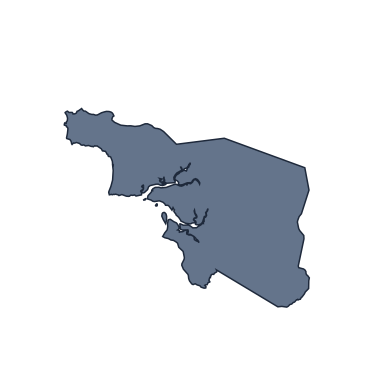 Cogo, Litoral, Equatorial Guinea (orthographic projection), rotated 31°
{"feature_id": "11065452B22787327477805", "entity_name": "Cogo", "entity_type": "district", "adm_level": 2, "iso_a3": "GNQ", "parent_name": "Equatorial Guinea", "parent_adm1": "Litoral", "projection": "orthographic", "projection_center": [9.73, 1.167], "detail": "fine", "context": "isolated", "style": "filled", "palette": "slate", "viewbox_px": 384, "rotation_deg": 31, "n_neighbors": 0, "source": "geoboundaries", "source_scale": "gbopen_adm2", "svg_char_len": 6092}
<svg xmlns="http://www.w3.org/2000/svg" viewBox="0 0 384 384"><g transform="rotate(31 192 192)"><path d="M276.2,113.1L192.0,129.3L154.1,159.1L136.5,154.8L132.4,154.6L129.9,155.3L127.8,156.3L126.1,156.5L123.3,155.8L118.8,156.4L116.6,157.8L113.2,162.2L109.3,165.2L105.4,166.8L102.4,168.7L96.5,171.4L89.5,172.2L88.3,171.8L86.9,171.8L86.3,171.4L85.7,170.6L85.3,168.2L85.9,167.0L84.1,165.8L82.9,165.3L81.5,165.2L79.5,165.7L77.1,167.0L75.3,168.8L73.6,170.7L71.2,174.7L69.7,175.8L67.6,176.2L66.2,177.1L63.4,177.9L59.0,177.6L57.6,178.3L55.7,177.9L54.4,177.3L52.8,180.9L51.9,182.1L52.2,183.6L51.8,184.7L50.7,185.9L49.8,186.3L49.7,186.0L48.3,185.5L45.5,187.2L43.7,186.8L43.0,187.6L42.3,189.2L42.7,189.6L45.1,190.7L47.3,192.8L48.4,195.1L48.2,196.8L48.8,197.6L48.8,198.1L47.5,198.2L47.3,198.4L47.7,199.8L48.1,200.4L50.3,200.0L50.8,200.7L52.1,200.8L53.1,201.7L55.2,206.3L56.6,210.3L57.1,210.7L60.4,209.9L62.5,211.0L64.0,212.7L64.7,213.0L65.2,211.0L66.3,210.5L67.4,209.1L70.6,208.3L72.6,208.8L73.7,208.5L75.0,207.4L76.9,207.4L79.4,205.4L82.3,204.8L83.1,204.2L84.0,204.2L84.9,202.4L85.9,202.2L86.9,201.4L92.0,201.7L94.1,202.9L94.9,202.3L95.6,202.4L96.4,201.8L97.1,201.9L98.2,202.3L99.4,203.3L100.4,203.1L101.6,204.3L102.6,204.4L103.3,203.9L104.3,203.9L107.8,206.6L109.5,208.8L110.5,209.2L110.9,210.1L110.2,210.0L113.4,214.2L117.8,222.7L119.6,229.0L120.5,234.4L120.9,235.4L122.6,237.0L124.2,235.5L125.0,235.5L125.9,234.4L126.5,234.3L127.6,233.2L130.3,232.5L131.2,232.7L133.2,230.3L137.9,229.4L139.9,228.4L140.6,227.8L141.0,226.5L141.5,226.0L142.8,225.5L144.4,224.1L146.1,224.3L150.2,220.5L149.5,218.9L147.6,217.8L147.5,217.3L148.6,215.0L148.5,214.2L147.9,213.5L146.2,213.4L146.1,212.2L146.4,211.6L146.8,211.2L147.3,211.7L146.3,212.4L146.4,213.0L148.2,213.2L148.8,214.4L148.9,215.9L148.1,217.7L150.0,218.2L150.9,217.7L151.5,216.9L152.7,212.8L152.1,209.9L152.8,208.1L157.2,203.8L159.0,202.7L161.7,202.4L163.5,201.6L165.2,199.6L165.6,198.5L163.4,198.4L162.2,197.7L163.8,199.5L163.8,200.0L163.3,200.6L162.2,200.4L161.9,199.1L159.4,199.6L158.4,199.0L158.2,198.0L159.2,197.3L159.3,196.7L158.1,197.3L157.3,197.1L159.6,196.3L159.4,197.6L158.5,198.5L158.8,199.1L159.8,199.4L162.0,198.7L162.4,200.3L163.3,200.2L163.5,199.9L161.8,198.1L162.2,196.7L160.5,194.5L160.1,193.3L161.3,195.0L162.5,195.9L162.9,197.2L163.8,197.6L165.7,197.6L172.6,192.7L172.2,191.7L170.1,190.5L168.9,188.8L168.8,186.1L169.2,183.5L172.0,178.5L171.6,177.9L169.6,176.7L169.0,176.1L170.9,176.8L172.4,178.2L173.2,177.5L173.5,176.0L175.4,173.7L175.2,173.1L175.4,171.6L175.1,169.9L175.4,169.5L175.5,167.7L176.2,169.4L175.8,171.0L176.4,172.0L175.8,173.9L176.4,176.8L173.9,177.5L172.6,179.9L171.6,180.8L171.4,182.6L170.1,185.1L169.8,186.4L170.0,188.3L170.5,189.8L172.0,190.2L173.5,190.0L175.6,190.6L176.3,192.4L178.3,192.0L180.1,190.6L183.1,186.6L186.7,184.2L186.6,181.9L187.0,180.2L188.2,178.7L190.3,178.5L192.4,179.3L194.0,180.2L194.4,181.3L192.7,180.2L189.5,179.5L188.5,179.6L187.3,180.9L187.4,183.4L186.6,185.6L184.5,186.4L183.8,187.1L184.2,189.1L183.3,188.0L182.7,188.0L181.2,190.9L180.0,192.4L178.3,193.1L174.2,193.6L172.8,194.8L167.5,201.4L163.3,204.4L161.2,205.0L158.1,207.0L156.8,209.3L156.8,209.9L157.5,211.1L156.6,211.2L157.2,213.0L156.2,217.8L156.9,220.0L157.6,220.8L161.0,220.0L163.2,220.1L164.8,219.5L168.5,216.4L172.5,215.7L174.9,216.2L176.1,217.0L178.4,215.8L179.4,215.9L184.2,217.9L183.8,215.2L185.6,216.3L186.2,216.4L186.2,217.7L187.5,218.5L189.3,219.1L190.2,219.9L193.5,220.5L196.7,222.0L197.4,222.6L202.7,222.1L207.2,220.1L208.2,218.4L210.0,217.1L210.3,216.5L210.0,215.9L207.6,215.1L207.3,214.3L207.4,213.1L208.7,211.9L208.7,211.1L205.1,208.7L203.6,207.1L203.5,206.3L205.4,208.5L207.8,209.5L209.0,210.7L209.2,211.8L207.7,213.4L207.7,214.5L208.4,215.1L210.1,215.1L210.7,215.6L211.3,216.3L211.4,217.7L212.2,217.9L214.3,217.0L215.9,215.2L216.4,214.0L216.5,212.1L215.2,206.7L216.1,205.6L216.3,204.9L214.3,202.6L214.7,200.1L214.3,199.4L214.3,197.9L215.0,200.1L214.8,202.4L216.6,204.7L216.6,206.5L216.0,207.3L216.0,208.4L217.6,211.1L217.2,212.6L218.0,213.2L216.9,214.0L216.5,215.8L215.2,218.0L214.3,220.3L211.2,222.3L207.6,222.0L205.8,222.2L201.7,224.9L198.4,225.3L198.0,225.7L201.0,229.5L201.6,229.8L203.5,229.5L208.0,226.6L208.8,227.2L209.4,228.2L209.3,229.6L209.7,230.2L210.9,230.0L212.6,229.1L216.7,229.1L218.8,229.6L219.8,230.2L221.3,230.2L222.8,230.8L224.1,231.8L222.5,231.3L221.0,231.7L218.6,231.6L217.2,229.9L216.0,229.2L213.4,229.4L211.4,230.5L209.1,230.7L208.2,229.2L207.9,227.6L207.5,227.3L206.5,227.8L205.3,229.1L204.6,230.7L202.1,232.5L201.7,233.5L201.7,232.3L201.2,231.5L199.2,232.0L199.8,230.8L199.3,229.1L197.0,227.5L194.6,226.5L191.8,226.8L187.5,226.6L186.5,227.4L186.1,228.2L187.2,231.5L189.1,234.3L190.2,237.2L189.7,241.2L189.8,245.3L192.3,245.2L195.7,244.1L198.6,244.0L201.1,243.0L203.8,243.0L206.0,243.3L209.1,246.2L215.0,247.5L219.2,252.1L219.9,253.7L220.3,258.7L221.0,260.1L224.4,262.6L231.0,264.7L231.9,265.5L233.8,268.0L235.7,269.5L239.1,270.9L240.6,270.8L242.0,269.0L244.3,269.0L247.0,268.3L248.8,268.9L251.9,268.2L253.2,267.2L252.8,266.0L251.0,265.4L251.7,264.3L252.7,263.7L252.5,261.3L253.6,260.0L253.4,259.6L252.0,259.0L251.3,256.4L251.9,255.9L251.2,254.8L251.5,254.2L251.1,253.1L251.7,252.1L253.1,251.4L253.0,250.2L254.3,247.8L254.0,246.8L253.1,246.2L324.7,246.2L327.9,243.8L332.4,241.9L332.8,241.4L333.4,240.2L333.8,238.2L335.2,236.6L335.7,234.5L336.6,233.5L337.1,230.6L337.7,230.4L337.8,229.7L338.7,229.7L338.9,229.2L340.1,228.1L340.0,226.0L340.4,225.4L340.8,221.4L340.6,219.4L341.7,214.7L337.8,207.9L336.8,205.2L334.2,204.1L332.7,203.9L331.5,202.9L330.6,201.5L329.1,200.7L327.3,200.5L322.4,201.9L321.2,200.7L312.1,174.5L310.2,171.7L304.2,169.6L302.3,168.4L297.8,163.5L297.2,161.7L296.5,157.9L297.0,154.3L291.3,130.1L276.2,113.1ZM185.7,232.7L184.8,229.5L182.7,225.8L181.0,224.2L179.2,223.7L178.5,223.9L177.7,224.9L177.6,225.9L178.5,228.2L181.5,230.4L185.7,232.7ZM168.7,222.4L169.2,221.7L168.7,220.6L168.1,220.2L167.8,220.4L167.6,222.2L168.2,222.6L168.7,222.4ZM154.9,223.8L155.9,222.9L156.2,221.6L155.6,221.6L154.9,222.8L154.6,223.6L154.9,223.8Z" fill="#64748b" stroke="#1e293b" stroke-width="1.5"/></g></svg>